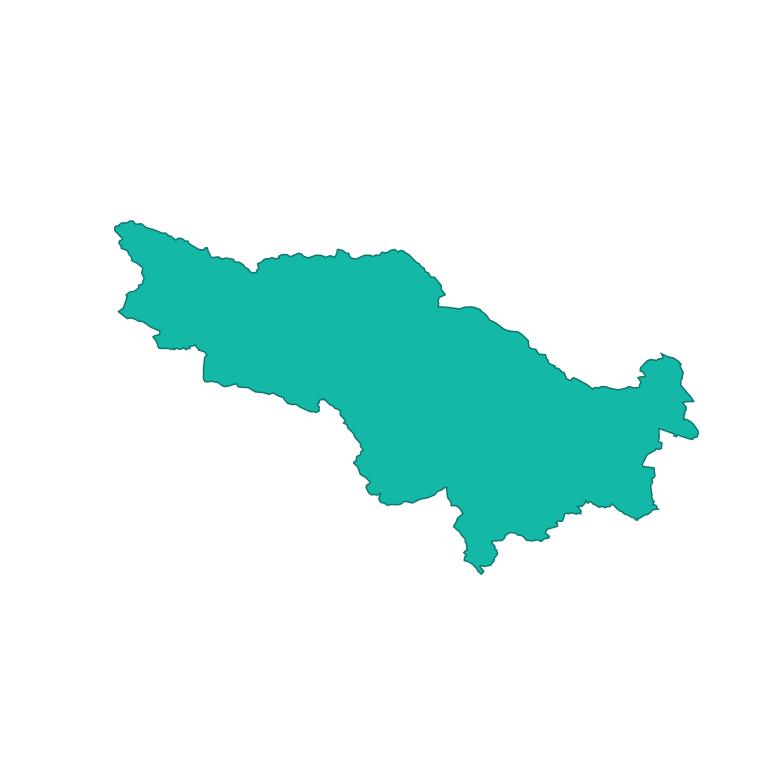 the district of Sigi, Sulawesi Tengah, Indonesia, rotated 113°
{"feature_id": "22746128B27078250924142", "entity_name": "Sigi", "entity_type": "district", "adm_level": 2, "iso_a3": "IDN", "parent_name": "Indonesia", "parent_adm1": "Sulawesi Tengah", "projection": "equal_earth", "projection_center": [119.97, -1.462], "detail": "fine", "context": "isolated", "style": "filled", "palette": "teal", "viewbox_px": 768, "rotation_deg": 113, "n_neighbors": 0, "source": "geoboundaries", "source_scale": "gbopen_adm2", "svg_char_len": 6111}
<svg xmlns="http://www.w3.org/2000/svg" viewBox="0 0 768 768"><g transform="rotate(113 384 384)"><path d="M266.0,379.3L267.3,382.5L264.3,386.8L264.6,389.8L261.9,392.2L261.2,396.3L259.4,398.9L259.6,401.1L255.3,411.4L255.0,415.0L254.2,417.3L254.2,419.9L255.0,421.4L256.9,422.5L256.0,426.9L258.6,430.2L261.9,432.4L262.8,434.2L263.2,436.7L264.0,437.7L267.6,438.4L268.4,441.8L271.0,444.0L270.9,446.9L273.0,452.0L280.0,458.6L280.9,463.2L280.0,465.3L277.6,467.6L278.3,470.1L277.3,474.2L277.9,478.6L278.7,479.4L281.1,478.6L286.6,478.6L286.9,483.7L290.2,486.9L290.1,491.7L292.0,496.9L297.6,502.9L297.8,508.2L296.7,510.4L296.7,512.8L297.6,514.4L302.7,519.0L303.5,520.8L302.8,523.8L304.8,528.4L307.5,530.8L309.2,529.5L311.4,533.7L311.4,536.7L313.5,538.3L314.4,540.8L316.2,543.1L319.5,544.3L322.7,547.3L326.9,544.4L329.5,545.7L331.3,544.9L333.3,548.9L332.9,551.1L331.1,554.2L330.9,557.4L329.2,560.5L328.5,564.7L330.0,568.8L328.1,571.5L329.9,578.9L332.4,582.1L331.7,586.0L334.7,591.4L334.9,592.6L330.3,597.9L327.7,599.9L328.6,601.8L331.2,602.4L332.5,607.2L331.1,618.2L329.1,620.3L330.1,622.5L329.1,626.7L330.2,630.3L333.1,632.0L331.1,637.9L331.8,639.8L330.4,643.9L331.9,647.3L331.9,656.0L333.0,664.0L331.3,670.0L334.1,675.1L332.1,678.4L332.9,681.1L336.4,683.9L338.1,688.2L340.9,690.0L342.0,689.6L343.1,692.2L344.7,693.0L347.9,691.9L352.3,681.6L353.8,681.7L356.1,683.6L358.5,682.4L359.5,680.1L361.7,678.8L361.5,672.3L364.6,669.0L365.8,666.1L369.0,664.3L369.3,658.7L371.0,652.0L372.2,651.1L376.6,650.5L380.0,646.3L386.8,645.6L389.1,648.5L391.3,647.3L396.1,649.9L398.7,654.0L402.6,656.2L403.7,654.9L406.6,654.2L415.9,653.6L421.2,656.7L424.1,645.9L421.9,642.7L421.6,638.7L422.1,634.2L420.7,630.3L422.8,620.7L422.8,611.8L423.7,610.5L426.2,609.9L429.6,614.3L431.0,615.0L433.9,609.9L438.3,606.1L438.9,604.9L436.3,597.9L435.4,597.2L435.4,593.6L433.6,592.2L434.4,591.7L434.3,590.5L431.8,588.7L432.1,586.3L430.7,583.9L429.0,583.0L429.6,579.3L427.8,578.6L427.2,576.5L425.6,577.7L421.8,572.4L423.2,571.1L424.4,568.1L425.1,568.1L424.5,561.7L426.4,558.5L429.8,559.4L439.7,556.3L449.4,552.4L451.6,550.1L451.3,548.1L448.7,543.2L447.5,537.4L448.9,531.3L448.6,529.6L445.0,524.1L443.1,522.6L441.4,519.2L443.4,517.7L443.2,515.5L440.3,507.3L441.5,499.3L439.1,492.0L438.5,486.0L435.5,482.4L436.2,477.5L435.8,471.1L437.1,470.0L439.4,465.3L438.8,460.4L437.4,458.1L437.2,455.6L438.0,452.5L438.3,441.0L437.0,438.4L436.5,435.1L434.6,433.5L433.5,433.2L432.7,434.2L430.5,434.6L428.5,437.4L426.8,436.4L424.0,437.0L422.6,435.3L422.1,433.5L421.1,433.6L424.0,426.3L424.2,422.5L425.6,419.4L425.2,416.4L425.7,414.4L426.6,413.3L429.4,412.3L432.4,405.9L433.4,405.2L435.7,406.0L435.9,401.8L438.5,400.2L441.3,393.0L444.6,389.7L447.4,383.5L448.6,382.0L450.5,381.4L452.9,377.0L455.1,378.8L458.5,378.1L461.4,380.8L465.7,379.6L467.6,381.2L468.6,381.1L470.5,375.9L476.4,370.5L477.2,364.4L479.6,358.7L481.0,358.1L483.5,360.2L486.1,360.2L490.2,355.5L490.9,352.1L489.4,349.6L489.1,347.2L487.7,345.5L485.4,344.6L491.9,343.9L494.2,340.8L493.6,336.4L494.3,334.5L494.0,333.0L492.1,330.4L489.7,323.9L487.8,321.5L485.4,320.3L483.6,318.5L482.4,311.3L475.8,305.7L471.9,299.7L466.2,294.1L462.3,293.0L458.7,289.4L456.3,288.2L454.7,286.1L463.7,281.0L466.5,276.2L469.8,274.5L467.9,270.6L468.2,268.2L468.9,265.5L472.6,260.7L478.9,263.9L483.4,263.6L487.4,264.3L488.3,263.8L490.6,256.5L492.7,253.9L494.9,248.8L498.0,247.2L498.6,245.8L504.0,242.8L508.0,244.7L509.7,241.0L511.7,242.2L515.1,241.1L514.6,236.6L515.6,231.3L517.6,226.7L519.5,224.6L521.0,220.1L517.8,219.0L516.7,219.9L515.1,223.9L514.3,224.5L513.3,223.5L512.6,220.1L509.2,215.1L503.6,213.7L501.3,214.4L496.2,213.0L493.0,215.4L492.3,217.8L490.3,218.3L488.0,222.6L486.2,222.8L481.9,214.3L478.7,212.8L475.5,213.2L474.6,212.0L472.8,211.4L471.2,209.2L469.9,204.8L470.7,202.0L469.7,198.3L470.1,196.1L472.1,191.8L470.5,186.2L467.4,181.9L467.5,177.9L464.0,176.0L461.3,172.1L460.6,173.0L459.6,172.3L458.4,176.8L457.2,177.5L454.0,177.1L447.2,168.7L444.9,169.8L444.3,171.8L441.4,169.5L441.4,167.3L439.9,166.1L432.8,166.9L431.5,165.2L431.4,163.6L429.1,160.6L428.6,155.9L427.5,155.7L426.5,152.2L423.8,153.0L421.1,158.0L419.3,154.0L414.2,152.1L412.4,152.9L414.0,149.6L411.4,148.2L413.0,143.6L412.4,142.6L413.4,138.8L413.3,137.4L411.7,136.1L411.3,132.0L409.7,130.7L408.6,128.2L405.1,127.0L408.5,118.7L408.7,114.2L409.7,112.0L409.3,108.5L409.9,103.8L409.3,102.2L410.8,98.7L409.9,97.3L408.7,98.1L408.2,96.8L402.7,92.8L401.1,90.4L396.9,88.0L395.1,88.0L392.0,82.8L391.9,83.6L389.7,85.8L389.5,88.2L390.0,89.6L386.6,89.4L386.8,90.9L385.2,91.6L384.3,93.1L381.4,94.0L373.9,98.7L369.1,98.5L366.9,100.6L365.5,99.3L362.9,98.6L355.7,102.7L358.7,113.1L357.2,114.9L346.3,114.1L338.9,108.5L337.2,108.6L336.9,105.7L335.0,103.5L329.8,105.0L329.7,109.0L325.5,109.9L317.6,113.6L316.5,97.6L318.4,96.9L318.3,94.3L316.2,94.2L315.3,82.3L316.0,82.3L315.3,82.3L314.4,78.3L312.3,77.9L310.3,75.0L305.9,75.7L304.2,76.9L300.4,83.1L298.9,86.8L298.4,91.4L299.0,93.5L299.8,94.0L295.4,95.6L293.8,95.4L292.3,96.5L290.4,95.8L287.9,96.5L287.1,97.0L284.7,101.7L282.4,99.4L279.1,92.1L276.3,96.1L269.2,110.2L265.2,112.2L263.0,111.7L256.5,113.1L252.0,118.4L249.5,118.4L249.0,121.1L248.1,121.3L247.0,128.0L248.1,133.4L247.7,140.5L249.6,138.1L251.9,137.8L253.7,141.1L255.8,142.3L257.3,148.1L259.8,150.8L268.7,154.1L271.9,153.3L271.8,150.1L274.6,146.5L275.8,147.0L276.7,149.7L278.8,152.7L281.4,148.8L282.5,148.2L285.0,148.3L286.6,147.6L287.8,148.3L290.0,152.4L290.7,157.8L293.1,159.4L297.8,165.9L299.6,173.6L299.8,179.0L301.9,183.5L303.8,184.5L304.4,187.6L305.9,189.5L307.3,189.9L305.3,196.8L304.2,206.7L304.2,211.9L306.1,213.2L307.6,212.9L308.1,214.8L307.7,218.1L303.3,222.5L303.3,225.0L301.6,229.4L302.3,232.6L302.1,233.4L300.7,233.5L300.7,240.3L297.9,242.5L297.0,244.6L294.0,246.8L296.0,253.0L292.8,258.0L293.9,261.8L293.2,265.1L287.7,268.2L284.5,276.7L283.7,281.1L285.7,287.1L286.7,292.3L286.6,295.1L284.1,305.4L283.9,311.6L280.4,317.3L279.1,322.4L277.9,324.7L278.2,330.7L279.3,334.6L281.9,339.9L285.4,343.6L288.2,354.1L291.7,364.2L287.9,365.4L286.8,366.7L282.8,367.0L277.9,362.5L274.2,368.7L271.0,369.7L266.0,379.3Z" fill="#14b8a6" stroke="#0f766e" stroke-width="1.5"/></g></svg>